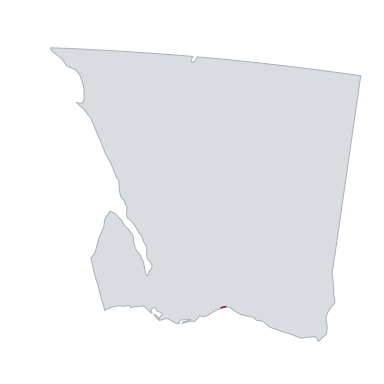 location of North Coast, Matruh, Egypt, rotated 186°
{"feature_id": "37247803B36627997079635", "entity_name": "North Coast", "entity_type": "district", "adm_level": 2, "iso_a3": "EGY", "parent_name": "Egypt", "parent_adm1": "Matruh", "projection": "albers", "projection_center": [29.295, 30.862], "detail": "fine", "context": "in_parent", "style": "filled", "palette": "rose", "viewbox_px": 384, "rotation_deg": 186, "n_neighbors": 0, "source": "geoboundaries", "source_scale": "gbopen_adm2", "svg_char_len": 3242}
<svg xmlns="http://www.w3.org/2000/svg" viewBox="0 0 384 384"><g transform="rotate(186 192 192)"><path d="M347.7,320.6L339.1,321.2L330.5,321.8L321.9,322.3L313.3,322.8L304.8,323.2L296.2,323.7L287.6,324.1L279.0,324.5L270.4,324.9L261.8,325.2L253.2,325.5L244.7,325.8L236.1,326.1L227.5,326.3L218.9,326.6L210.3,326.8L205.4,326.9L206.2,324.4L206.7,322.6L206.1,321.4L204.4,321.2L203.3,321.6L200.8,326.8L199.5,327.0L196.4,327.0L186.4,327.2L176.4,327.3L166.4,327.4L156.4,327.4L146.4,327.4L136.4,327.4L126.4,327.3L116.4,327.2L106.4,327.1L96.4,326.9L86.4,326.7L76.4,326.5L66.3,326.2L56.3,325.9L46.3,325.6L36.3,325.2L36.6,319.0L36.8,312.8L37.1,306.6L37.3,300.4L37.5,294.2L37.8,287.9L38.0,281.7L38.3,275.5L38.5,269.3L38.7,263.0L39.0,256.8L39.2,250.6L39.5,244.3L39.7,238.1L39.9,231.9L40.2,225.6L40.4,219.4L40.7,213.1L40.9,206.9L41.2,200.6L41.4,194.4L41.6,188.1L41.9,181.9L42.1,175.6L42.4,169.3L42.6,163.1L42.9,156.8L43.1,150.5L43.3,144.3L43.6,138.0L43.8,131.7L44.1,125.5L43.9,124.3L42.7,120.0L41.7,114.5L40.6,107.8L40.5,105.7L38.6,98.7L38.5,96.8L39.1,95.4L43.0,89.8L44.2,87.0L45.2,83.7L45.6,81.0L44.7,76.7L43.6,72.9L43.4,69.0L43.3,65.3L45.3,62.7L47.6,60.4L48.5,59.0L49.8,57.3L50.8,56.6L52.4,60.0L56.1,60.8L68.4,58.1L81.7,61.6L89.1,62.9L100.5,65.7L107.4,70.4L109.3,71.1L114.3,71.0L117.6,73.8L130.7,75.2L137.6,78.3L141.6,80.7L144.0,81.5L146.1,81.3L149.0,80.4L152.5,78.7L156.4,76.4L164.5,70.3L167.4,69.2L169.2,69.5L171.5,69.4L172.4,67.8L173.6,66.6L174.4,65.3L175.6,63.8L179.8,63.3L188.1,60.6L187.2,61.9L179.6,64.9L182.9,65.2L186.2,64.2L190.0,63.5L190.7,62.2L191.2,59.9L191.9,59.5L194.5,59.9L202.5,63.4L204.4,63.4L209.9,61.3L211.1,60.9L212.9,61.9L217.1,66.3L215.7,66.3L211.2,62.5L210.9,64.4L208.5,67.9L211.6,69.3L214.2,69.8L215.6,71.6L216.5,73.3L219.0,72.5L220.7,70.2L219.8,68.9L219.1,67.6L219.9,67.5L221.7,68.6L226.8,72.8L228.5,73.6L230.5,73.4L234.5,72.1L235.6,72.2L241.0,70.4L241.7,71.6L242.6,72.7L247.0,71.3L253.9,71.0L259.5,69.4L265.8,65.7L266.3,65.1L266.7,66.0L267.6,68.3L269.9,74.1L271.8,78.7L274.2,85.1L275.0,87.5L275.4,89.2L278.8,96.2L281.0,102.0L282.6,106.6L284.8,113.5L285.8,115.8L284.5,117.2L282.0,121.8L279.8,136.2L276.1,147.6L275.9,154.6L275.4,157.2L273.5,160.8L271.3,164.4L266.8,162.8L259.6,157.0L255.2,151.3L250.7,147.8L246.4,142.9L245.2,139.4L245.1,137.1L243.1,131.6L241.7,129.0L236.5,123.2L235.0,120.1L233.8,118.7L232.7,116.7L230.6,109.1L228.5,104.2L226.3,105.6L226.8,107.7L224.9,110.6L223.8,114.0L224.8,116.6L229.0,120.6L229.9,122.4L230.9,126.3L230.9,131.6L231.6,133.4L234.8,137.2L236.0,139.5L236.7,141.5L237.8,143.3L241.0,146.6L245.6,153.0L250.0,157.3L253.1,159.3L254.5,161.4L255.0,166.8L254.8,169.5L257.7,174.3L258.8,176.7L261.5,178.7L262.7,180.9L264.0,184.7L266.1,195.8L268.5,198.4L276.1,212.7L282.5,221.7L285.7,228.5L290.5,236.7L300.2,254.7L305.7,260.1L307.9,263.2L311.8,265.4L316.1,268.8L312.2,268.6L311.2,268.9L309.9,269.6L309.4,271.8L309.2,273.6L310.2,282.9L311.5,287.5L315.5,296.3L318.2,298.9L319.6,300.6L321.4,301.7L329.8,304.3L335.0,310.5L346.4,317.9L347.6,320.1L347.7,320.6Z" fill="#d9dde1" stroke="#a8b0b8" stroke-width="1"/><path d="M151.4,79.7L150.7,79.9L150.0,80.2L149.2,80.5L148.4,80.7L147.7,81.0L147.1,81.2L146.5,81.4L146.5,81.5L150.2,80.3L150.4,80.2L151.4,79.7Z" fill="#f43f5e" stroke="#9f1239" stroke-width="1.5"/></g></svg>